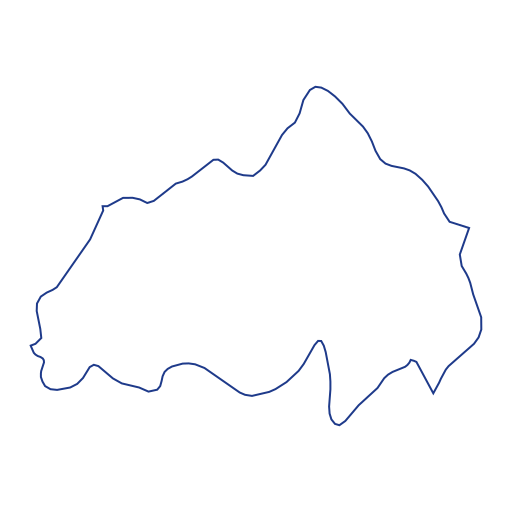 the border of Berea
{"feature_id": "LSO-1202", "entity_name": "Berea", "entity_type": "District", "adm_level": 1, "iso_a3": "LSO", "parent_name": "Lesotho", "parent_adm1": "", "projection": "equal_earth", "projection_center": [27.891, -29.155], "detail": "fine", "context": "isolated", "style": "outline", "palette": "blue", "viewbox_px": 512, "rotation_deg": 0, "n_neighbors": 0, "source": "natural_earth", "source_scale": "10m", "svg_char_len": 1841}
<svg xmlns="http://www.w3.org/2000/svg" viewBox="0 0 512 512"><path d="M30.7,345.6L35.5,343.8L41.3,338.0L40.3,329.0L36.7,311.0L37.0,303.5L40.8,296.6L46.7,292.6L52.6,289.9L56.8,287.2L90.1,239.4L103.2,210.5L102.6,206.2L107.5,206.2L123.0,197.9L132.6,197.8L139.9,199.4L147.2,203.0L153.8,200.9L175.8,183.6L182.5,181.6L187.6,179.2L191.8,176.6L213.4,159.8L218.2,159.6L223.2,162.6L232.2,170.5L237.3,173.6L243.3,175.2L253.1,175.9L260.1,170.5L265.5,164.8L282.0,135.0L287.5,128.3L294.9,122.6L299.6,113.4L303.4,100.0L309.9,90.0L315.4,86.8L321.3,87.6L327.9,90.9L335.1,96.5L342.5,103.9L349.8,113.6L363.0,126.6L367.8,133.3L371.9,141.5L375.5,150.8L380.2,159.1L385.5,163.6L391.6,165.9L404.0,168.4L409.7,170.4L415.5,173.8L422.2,179.8L428.1,186.5L438.1,201.1L441.4,207.2L444.1,213.5L449.6,221.8L469.1,228.0L459.8,254.5L461.7,266.0L466.3,273.7L468.4,278.0L470.2,282.8L473.2,294.4L481.2,317.3L481.3,329.5L478.6,337.4L474.0,343.8L448.6,366.1L445.8,369.6L440.9,378.7L439.1,382.7L433.3,393.3L416.4,361.9L413.9,360.8L410.7,359.9L409.4,362.6L407.4,365.0L405.1,366.8L392.6,371.9L388.1,374.6L384.2,378.2L377.5,388.0L358.7,405.2L345.3,421.0L339.4,425.2L335.0,423.9L331.4,419.4L329.6,413.6L329.1,406.5L330.4,389.4L330.4,381.5L329.9,374.2L325.7,352.1L323.8,345.7L321.2,341.0L318.1,340.9L314.5,345.1L303.7,364.0L298.6,370.9L286.5,382.1L275.5,389.1L269.2,391.9L252.0,395.9L245.0,394.8L239.7,392.5L204.5,368.0L195.1,364.3L188.7,363.4L182.7,363.6L172.0,366.5L167.7,368.9L164.6,371.9L162.6,376.3L161.6,381.0L160.2,386.1L157.2,389.7L148.5,391.6L139.1,387.5L121.8,383.4L112.9,378.4L98.4,366.1L93.8,364.8L89.7,367.1L83.0,378.0L77.2,383.9L70.2,387.5L57.1,389.9L50.5,389.2L45.1,386.1L42.5,381.6L40.9,377.0L40.9,373.4L41.2,371.0L44.0,362.4L43.8,360.2L42.8,358.5L40.5,357.0L37.7,356.0L35.4,354.5L33.8,352.8L31.2,346.9L30.7,345.6Z" fill="none" stroke="#1e3a8a" stroke-width="2"/></svg>